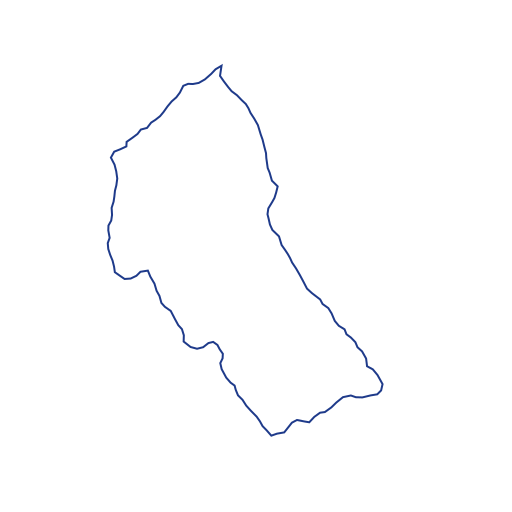 outline of Guaimbê, São Paulo, Brazil, rotated 119°
{"feature_id": "56859067B16613468230330", "entity_name": "Guaimbê", "entity_type": "district", "adm_level": 2, "iso_a3": "BRA", "parent_name": "Brazil", "parent_adm1": "São Paulo", "projection": "albers", "projection_center": [-49.859, -21.865], "detail": "fine", "context": "isolated", "style": "outline", "palette": "blue", "viewbox_px": 512, "rotation_deg": 119, "n_neighbors": 0, "source": "geoboundaries", "source_scale": "gbopen_adm2", "svg_char_len": 2103}
<svg xmlns="http://www.w3.org/2000/svg" viewBox="0 0 512 512"><g transform="rotate(119 256 256)"><path d="M405.7,155.5L401.2,151.5L396.6,145.8L389.4,144.6L384.4,143.8L379.6,140.7L377.2,133.3L375.6,128.8L368.4,127.0L362.0,124.0L359.1,120.1L351.9,116.7L345.2,114.7L337.3,111.5L332.0,105.4L331.1,100.2L328.1,94.4L322.3,88.1L318.2,82.9L312.9,81.4L306.7,83.2L301.2,92.0L298.5,98.9L298.6,105.4L292.3,110.0L288.0,117.0L286.6,123.0L283.2,127.3L281.3,133.5L280.6,138.9L277.2,143.0L276.9,149.7L274.6,155.6L269.6,162.0L266.5,167.5L265.7,174.5L262.9,178.8L261.4,188.9L259.8,195.6L255.2,202.5L251.4,208.4L247.5,214.9L244.2,221.3L241.3,225.2L238.9,229.1L236.6,233.5L234.0,238.9L227.7,245.4L225.3,254.3L221.7,259.1L217.2,263.1L213.9,266.2L208.4,268.3L200.7,268.0L196.3,268.0L190.9,269.1L184.6,270.8L182.4,278.6L176.5,284.5L173.4,288.4L165.3,294.5L161.2,297.1L156.5,301.6L151.0,306.7L147.4,310.8L140.6,317.8L136.8,324.0L133.5,330.2L130.4,334.3L128.0,338.6L126.6,344.1L124.6,350.6L123.7,357.2L121.8,362.1L118.8,368.9L115.9,374.8L106.3,378.4L112.3,381.9L118.5,383.5L126.3,386.3L132.4,390.0L136.2,394.6L138.3,398.8L142.4,402.1L150.0,401.8L155.8,402.6L161.7,404.7L168.0,405.9L175.0,406.7L180.2,407.7L185.7,410.0L190.2,412.4L196.8,413.4L201.2,418.0L206.7,418.8L212.5,421.4L218.9,424.5L223.0,422.5L228.5,426.5L233.5,430.6L240.3,430.6L244.7,424.0L249.7,419.3L255.5,414.9L261.9,412.4L267.3,411.0L272.7,408.7L277.5,406.9L283.9,405.6L289.9,401.8L295.2,399.8L300.9,399.8L305.2,397.6L311.1,392.8L316.6,391.9L321.5,388.6L325.6,384.2L329.6,379.2L334.1,375.0L338.6,371.6L339.2,365.9L339.8,359.8L336.5,354.7L331.3,351.0L325.8,349.4L321.2,343.5L325.3,338.4L329.4,331.4L334.6,326.1L337.7,321.1L342.9,316.0L344.6,311.1L345.4,303.9L350.4,296.4L354.2,290.4L355.9,285.3L360.3,280.7L365.9,277.8L367.3,269.1L365.7,262.6L361.4,258.0L355.2,255.4L351.9,251.8L352.5,246.6L355.2,242.5L357.6,237.6L361.7,235.6L367.0,235.3L371.6,231.2L376.8,223.1L379.1,216.8L379.7,211.9L382.9,208.8L386.6,204.2L388.3,198.1L391.6,192.0L393.8,185.6L396.2,177.5L398.7,172.4L401.6,167.8L403.3,162.2L405.7,155.5Z" fill="none" stroke="#1e3a8a" stroke-width="2"/></g></svg>